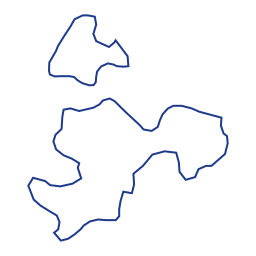 the district of Dalseong-gun, North Gyeongsang, South Korea
{"feature_id": "91817680B33489673734556", "entity_name": "Dalseong-gun", "entity_type": "district", "adm_level": 2, "iso_a3": "KOR", "parent_name": "South Korea", "parent_adm1": "North Gyeongsang", "projection": "robinson", "projection_center": [128.491, 35.771], "detail": "fine", "context": "isolated", "style": "outline", "palette": "blue", "viewbox_px": 256, "rotation_deg": 0, "n_neighbors": 0, "source": "geoboundaries", "source_scale": "gbopen_adm2", "svg_char_len": 1477}
<svg xmlns="http://www.w3.org/2000/svg" viewBox="0 0 256 256"><path d="M221.5,117.7L199.2,111.7L191.7,108.4L181.6,105.8L176.2,105.8L173.4,105.8L168.0,108.4L167.3,109.1L162.6,114.3L159.9,120.3L157.8,126.9L151.7,130.9L143.6,129.5L139.5,124.9L126.0,112.4L114.5,101.1L109.7,98.5L104.2,100.1L102.9,100.5L99.5,104.4L93.4,107.7L79.2,111.0L70.4,108.4L63.6,109.7L62.3,117.0L61.6,128.9L55.5,134.8L53.4,141.4L56.1,149.4L63.6,155.3L71.7,158.6L79.2,163.2L77.8,167.9L81.2,178.4L72.4,183.7L60.2,186.4L50.0,185.1L45.3,181.1L33.1,177.8L28.3,185.7L33.7,199.6L40.5,205.6L50.0,211.5L56.8,215.5L59.5,222.1L58.2,229.4L54.1,232.7L60.4,240.1L60.9,240.6L62.2,240.3L68.3,238.7L75.1,234.0L80.5,229.4L83.9,225.4L90.0,221.4L98.2,219.5L105.6,220.1L115.8,220.1L119.2,216.2L119.2,208.9L120.6,200.9L123.3,191.7L131.8,193.2L132.1,192.3L134.1,184.4L133.4,173.8L142.9,165.9L152.4,154.6L164.6,151.3L176.2,152.7L178.9,162.6L179.5,171.8L185.7,179.8L195.1,177.1L198.5,169.2L206.0,165.9L211.4,165.9L225.0,154.0L227.7,143.4L227.0,136.1L223.6,133.5L220.9,125.6L221.5,117.7ZM64.3,35.8L57.9,46.2L56.0,51.0L49.3,62.6L49.0,70.7L49.9,74.5L54.6,76.4L60.1,76.2L69.6,76.2L74.0,77.0L77.9,80.5L82.4,83.2L89.3,85.3L92.8,85.1L93.5,85.1L95.7,82.4L96.2,76.7L97.1,71.6L101.2,66.4L107.9,63.4L113.4,64.5L116.8,66.2L124.0,66.7L128.4,66.2L127.6,56.4L127.6,56.2L115.6,40.3L114.4,42.4L109.0,47.0L96.2,41.1L93.4,33.8L96.2,24.6L94.8,16.7L88.0,15.4L82.6,15.4L74.5,19.3L70.4,26.6L64.3,35.8Z" fill="none" stroke="#1e3a8a" stroke-width="2"/></svg>